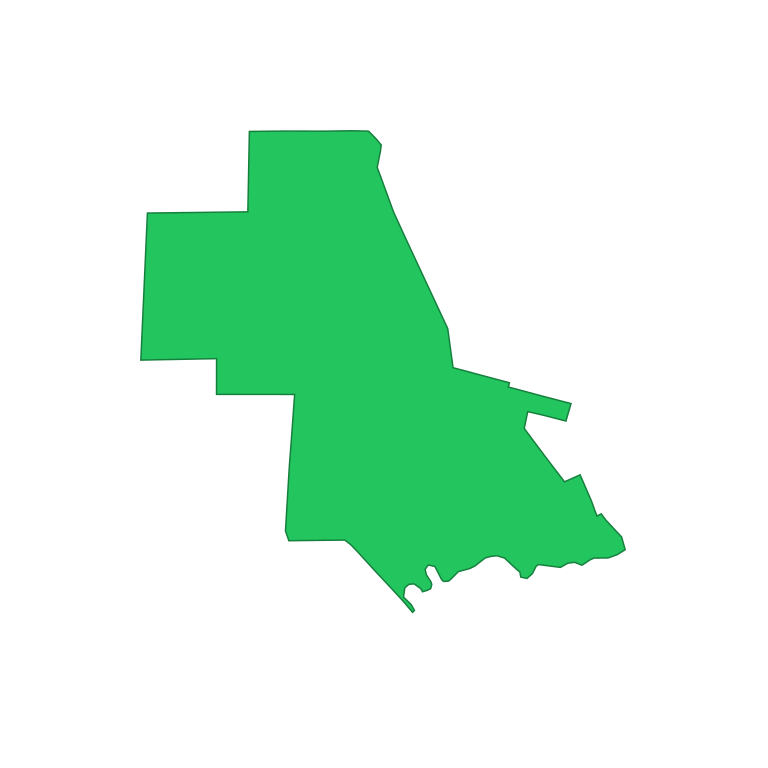 Plosca, Teleorman, Romania (Equal Earth projection), rotated 131°
{"feature_id": "2599482B28762716493728", "entity_name": "Plosca", "entity_type": "district", "adm_level": 2, "iso_a3": "ROU", "parent_name": "Romania", "parent_adm1": "Teleorman", "projection": "equal_earth", "projection_center": [25.135, 43.998], "detail": "fine", "context": "isolated", "style": "filled", "palette": "green", "viewbox_px": 768, "rotation_deg": 131, "n_neighbors": 0, "source": "geoboundaries", "source_scale": "gbopen_adm2", "svg_char_len": 1477}
<svg xmlns="http://www.w3.org/2000/svg" viewBox="0 0 768 768"><g transform="rotate(131 384 384)"><path d="M525.3,583.0L474.7,527.0L501.7,503.6L450.5,444.6L486.9,417.3L508.3,401.4L533.9,381.7L559.5,362.0L564.7,353.0L527.5,311.2L527.1,303.6L528.0,293.5L531.0,267.8L533.3,245.4L535.4,226.6L537.6,212.6L534.9,212.5L532.7,218.6L532.0,229.5L524.1,234.6L518.9,233.8L515.1,230.2L514.7,226.1L514.3,222.1L515.5,218.6L511.4,216.0L507.9,214.5L504.0,216.4L502.6,218.6L500.2,226.8L497.0,231.3L491.6,231.9L488.3,225.9L493.9,212.0L493.9,209.5L490.4,206.0L487.7,205.5L476.9,204.8L467.0,198.2L461.8,196.0L448.9,193.5L443.8,190.1L439.4,185.9L436.3,178.8L436.9,162.3L436.8,158.1L440.0,154.1L437.3,149.1L436.9,148.5L429.8,147.6L425.8,148.6L421.8,149.6L418.9,148.9L408.5,133.3L406.6,130.5L398.6,127.7L393.5,123.1L390.9,115.7L381.1,113.0L377.5,111.2L368.3,100.8L359.8,96.0L350.8,93.3L343.6,104.3L341.2,126.9L339.5,134.9L343.9,136.6L340.9,142.3L336.3,150.5L323.9,176.4L339.4,183.6L332.5,217.1L325.7,248.3L325.2,249.2L310.6,257.4L303.5,244.2L292.6,222.4L276.1,230.0L288.2,254.4L304.7,288.2L300.8,290.1L326.4,342.6L300.4,372.2L261.6,459.4L260.2,462.4L258.9,465.4L251.9,480.8L248.1,489.2L245.5,494.0L241.5,501.2L230.0,522.0L227.0,527.6L224.9,531.3L217.5,535.5L210.2,539.7L207.2,541.7L205.5,542.8L205.4,543.0L204.2,550.6L203.3,560.9L203.5,561.8L213.9,574.3L233.2,595.9L257.2,623.7L281.7,651.3L343.4,599.7L410.2,674.7L525.5,583.2L525.3,583.0Z" fill="#22c55e" stroke="#15803d" stroke-width="1.5"/></g></svg>